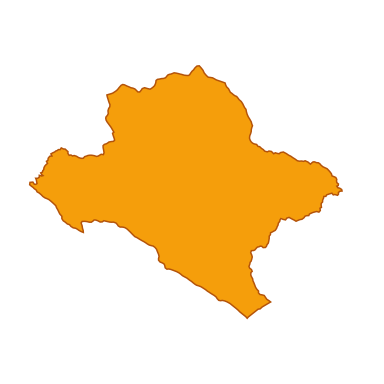 the district of Nova Olinda, Tocantins, Brazil, rotated 311°
{"feature_id": "56859067B86492414525481", "entity_name": "Nova Olinda", "entity_type": "district", "adm_level": 2, "iso_a3": "BRA", "parent_name": "Brazil", "parent_adm1": "Tocantins", "projection": "equal_earth", "projection_center": [-48.366, -7.652], "detail": "fine", "context": "isolated", "style": "filled", "palette": "amber", "viewbox_px": 384, "rotation_deg": 311, "n_neighbors": 0, "source": "geoboundaries", "source_scale": "gbopen_adm2", "svg_char_len": 5678}
<svg xmlns="http://www.w3.org/2000/svg" viewBox="0 0 384 384"><g transform="rotate(311 192 192)"><path d="M90.2,136.5L91.5,135.2L92.9,133.0L94.3,131.4L95.1,130.0L95.9,128.6L97.7,128.4L99.5,130.3L100.8,132.2L101.8,134.2L103.1,135.8L104.9,136.3L106.7,136.5L107.7,137.8L108.5,139.8L109.1,142.4L110.6,143.9L112.5,144.3L113.9,147.0L115.3,149.6L116.6,151.3L117.7,152.4L118.7,154.8L118.5,156.9L118.0,158.6L118.4,160.8L119.6,162.1L120.5,163.5L121.2,165.1L121.5,167.4L121.4,169.4L121.3,171.6L121.0,174.9L120.8,178.1L121.5,180.5L121.9,183.1L122.4,185.8L123.0,188.4L123.3,190.5L123.5,192.4L123.9,194.5L124.7,196.2L125.7,198.1L125.9,200.4L125.5,202.8L124.1,205.4L123.1,207.5L121.8,209.4L119.8,210.4L118.6,211.5L118.2,213.8L119.1,216.4L119.3,218.4L118.5,219.8L117.2,221.5L117.3,223.7L118.7,225.0L119.7,226.9L120.8,229.8L121.8,232.6L122.4,235.1L122.6,237.2L122.6,239.7L123.1,242.1L123.7,244.6L123.9,248.0L124.2,250.3L124.2,252.2L124.3,254.4L124.6,256.5L125.6,258.7L126.4,260.9L126.8,263.4L127.2,266.3L127.3,268.8L127.6,270.6L127.8,272.4L128.1,274.3L128.5,276.6L128.6,279.1L128.0,281.1L127.8,283.3L128.8,285.0L130.0,285.9L131.2,288.0L132.1,290.6L132.8,293.9L132.9,297.0L133.0,299.6L133.1,301.8L133.1,304.2L132.9,306.8L133.0,309.3L133.1,311.9L133.2,314.3L132.9,316.5L134.7,316.5L147.0,318.8L148.5,320.1L151.3,320.4L160.6,323.5L160.5,321.5L160.1,318.8L160.8,316.2L161.3,314.4L160.5,312.7L159.2,310.4L159.5,308.3L160.9,307.2L161.1,304.9L161.8,302.5L163.1,300.1L164.2,298.0L165.0,296.2L166.3,294.7L167.0,292.7L167.9,290.8L169.9,289.3L171.6,289.5L172.5,287.7L172.3,285.6L173.2,283.8L175.4,283.0L177.1,282.0L178.6,282.0L180.6,281.1L182.5,280.1L183.6,278.5L184.7,276.1L186.7,275.3L188.4,277.0L189.8,277.5L191.6,277.4L193.3,277.5L194.6,278.5L195.9,279.0L196.8,280.3L196.7,282.2L198.3,283.8L199.9,283.8L201.4,283.2L203.5,283.1L205.5,282.0L207.5,280.8L209.4,279.2L211.2,279.2L212.8,278.0L214.2,278.7L215.9,279.3L217.7,280.0L220.0,279.7L221.8,279.0L223.3,278.7L225.2,277.6L227.3,277.5L229.0,276.6L230.3,276.5L231.1,278.7L232.3,280.9L234.5,280.7L236.5,281.9L237.1,284.7L237.8,287.4L238.2,289.7L240.5,290.8L242.0,291.6L243.6,292.9L246.0,293.4L248.0,293.2L249.4,294.1L250.8,295.6L252.5,295.1L254.5,296.0L255.9,296.7L257.4,297.7L259.0,298.8L260.1,301.0L262.2,301.0L263.7,299.2L265.3,299.8L267.0,297.9L268.3,297.0L270.1,297.1L271.8,295.8L273.5,295.4L275.1,294.4L276.5,295.9L278.1,295.5L279.6,296.3L281.1,297.2L282.9,298.4L282.5,300.5L283.8,301.4L285.0,304.0L286.4,304.0L287.7,302.8L289.7,303.2L291.2,304.6L292.1,303.3L291.8,301.0L290.9,299.3L291.4,297.4L292.8,298.1L294.1,297.3L294.1,295.1L295.3,293.7L296.5,293.0L297.3,291.0L296.7,289.0L296.0,287.1L297.2,285.3L297.7,283.2L298.0,281.0L298.2,278.6L297.5,276.3L296.9,274.1L296.9,271.6L297.2,269.8L296.9,268.1L295.8,266.7L295.2,264.8L294.1,263.6L292.5,263.3L290.7,263.1L290.7,260.0L289.8,256.9L288.4,256.2L287.2,254.3L285.6,252.7L284.7,250.9L284.5,248.3L284.1,245.8L283.8,243.0L283.2,240.8L282.9,238.1L282.1,234.7L279.8,232.9L278.1,232.7L277.1,231.1L276.2,229.1L274.5,228.6L274.7,225.3L273.4,223.2L271.7,222.5L270.5,220.0L270.8,218.1L270.5,216.0L270.6,213.3L269.7,211.9L270.3,209.6L269.1,207.4L268.6,205.6L268.7,203.5L269.3,201.8L270.3,200.1L272.3,198.7L274.4,198.0L276.5,197.0L278.0,195.8L280.0,194.8L281.7,194.2L282.5,192.6L283.8,190.7L284.8,187.9L285.7,185.0L286.9,182.5L288.2,180.5L289.8,178.5L290.2,176.3L291.0,174.4L291.9,172.3L292.6,169.8L292.6,167.0L293.1,164.8L293.4,163.0L292.8,161.3L292.6,159.5L292.6,157.3L292.4,155.5L293.1,153.8L293.9,151.7L294.0,149.4L294.7,147.5L296.0,145.4L294.9,142.6L294.1,140.6L293.4,138.9L292.6,137.0L292.1,134.6L291.7,132.7L290.5,130.7L289.3,129.0L289.3,127.0L289.5,125.3L289.9,123.0L291.1,120.4L291.6,117.8L292.0,114.7L290.3,113.1L288.6,112.9L287.0,112.8L285.4,113.1L283.2,112.8L280.8,113.0L278.8,113.3L277.5,112.8L276.3,111.3L275.0,109.4L274.0,107.1L273.2,105.7L272.5,104.2L271.3,102.0L270.2,100.3L268.8,99.6L267.3,98.8L265.9,97.7L264.5,97.0L262.8,97.0L260.9,97.1L259.0,96.0L257.6,94.6L256.2,93.6L254.3,92.0L252.6,91.7L250.8,92.9L249.4,93.5L247.6,94.0L245.5,93.8L243.6,93.4L242.1,92.9L240.9,90.6L239.6,87.8L237.4,86.6L235.3,86.9L233.2,86.9L232.0,85.5L232.2,83.5L232.3,81.3L231.6,79.2L230.6,77.5L230.1,75.7L229.3,73.4L228.6,70.8L227.7,69.2L226.0,68.5L224.3,68.5L222.6,68.5L221.1,68.6L219.1,68.5L216.6,67.9L214.4,67.2L212.7,66.2L211.2,65.2L209.4,64.1L208.2,65.7L207.0,67.7L206.1,69.1L205.2,70.6L204.1,72.8L202.3,74.1L200.4,74.3L198.2,75.3L196.2,77.4L194.1,77.9L192.5,77.8L191.2,78.4L189.9,80.0L189.2,81.9L187.7,88.5L185.9,93.8L184.2,93.5L182.8,95.7L181.5,98.0L180.3,99.6L178.7,99.5L177.0,97.9L175.2,96.5L173.6,96.2L172.2,95.7L170.4,94.6L168.6,94.5L167.2,95.8L165.8,97.6L164.0,99.8L162.1,100.6L160.9,98.7L157.5,97.6L156.2,96.6L155.3,94.4L154.1,92.4L152.9,90.9L151.3,89.5L149.9,88.8L148.3,87.8L146.1,87.8L144.6,86.1L143.6,83.9L143.2,81.4L142.2,79.1L140.8,78.2L140.5,76.3L139.1,75.3L139.7,73.0L141.1,71.9L141.1,70.1L141.2,68.1L140.2,66.9L139.5,64.4L137.5,64.7L136.3,63.3L134.9,63.1L133.6,62.3L132.1,62.1L130.2,61.2L128.2,60.5L127.3,62.7L125.7,61.2L123.2,61.3L121.3,62.5L119.7,62.0L118.8,64.2L116.8,63.9L114.8,63.9L113.1,64.4L111.6,65.4L110.2,65.4L108.8,66.1L107.2,65.3L106.6,67.0L106.6,68.8L105.4,68.0L104.4,65.8L103.0,67.0L101.0,66.5L99.8,65.0L99.0,66.6L97.9,67.9L96.7,69.5L95.3,69.1L94.4,67.9L95.1,65.4L93.0,63.4L91.0,64.7L91.0,66.9L91.2,69.1L91.0,70.9L91.3,73.0L90.5,75.0L91.0,77.5L91.0,80.0L90.8,82.4L91.1,84.9L91.8,86.8L92.4,88.9L92.5,91.0L92.5,93.6L92.4,96.2L92.3,98.2L91.3,100.0L90.5,102.4L89.6,104.5L88.7,106.6L88.3,109.7L86.5,111.3L85.8,113.7L86.1,116.2L86.1,118.9L87.0,121.0L86.6,123.2L87.0,125.8L88.3,128.0L88.7,129.8L88.9,131.9L89.4,134.3L90.2,136.5Z" fill="#f59e0b" stroke="#b45309" stroke-width="1.5"/></g></svg>